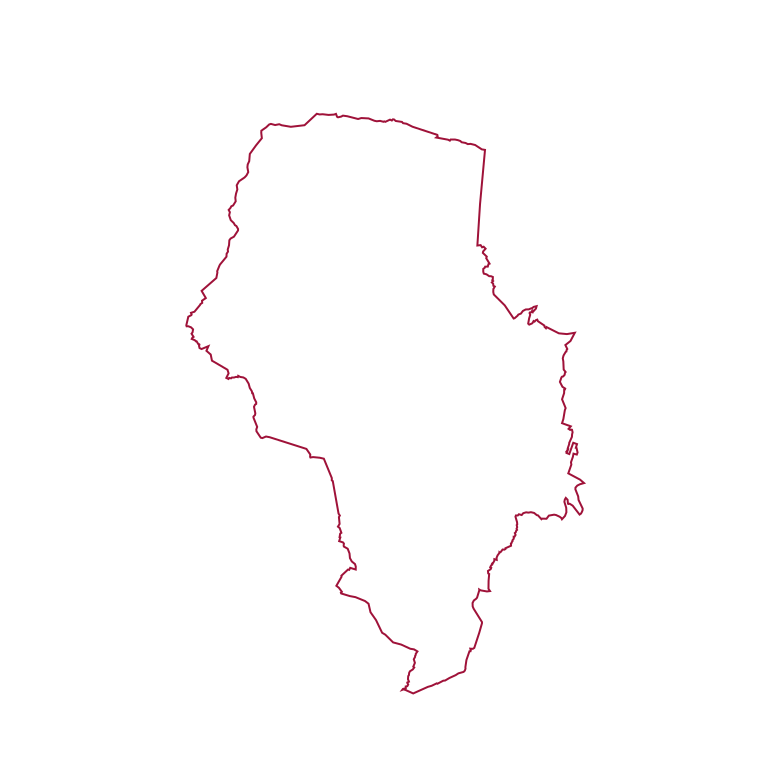 Barsanesti, Bacau, Romania, rotated 31°
{"feature_id": "2599482B96332922665264", "entity_name": "Barsanesti", "entity_type": "district", "adm_level": 2, "iso_a3": "ROU", "parent_name": "Romania", "parent_adm1": "Bacau", "projection": "albers", "projection_center": [26.7, 46.331], "detail": "fine", "context": "isolated", "style": "outline", "palette": "rose", "viewbox_px": 768, "rotation_deg": 31, "n_neighbors": 0, "source": "geoboundaries", "source_scale": "gbopen_adm2", "svg_char_len": 6165}
<svg xmlns="http://www.w3.org/2000/svg" viewBox="0 0 768 768"><g transform="rotate(31 384 384)"><path d="M557.2,636.7L558.0,635.7L560.0,635.2L568.4,634.2L577.6,621.0L580.3,618.1L583.4,613.4L584.2,613.4L587.6,607.8L589.1,606.7L591.5,602.3L595.4,596.6L596.8,593.7L600.5,589.8L600.9,588.1L600.5,586.1L599.6,584.8L596.8,578.1L594.9,569.1L595.8,568.5L595.5,567.5L594.3,566.4L596.5,565.3L597.3,563.7L593.8,548.3L591.2,538.6L590.6,537.6L576.5,530.4L574.6,529.0L572.7,526.1L572.5,523.3L573.6,520.6L573.8,519.2L571.9,511.6L571.5,511.1L573.1,511.1L579.1,508.8L581.5,506.9L579.0,505.7L575.0,498.8L572.0,492.7L570.9,492.7L569.4,490.7L570.8,487.8L570.6,486.4L569.5,486.5L569.3,485.5L569.4,483.5L569.8,483.1L569.7,482.4L569.2,482.3L569.3,481.4L569.7,480.9L569.6,478.8L568.8,477.3L571.2,476.7L570.0,475.0L569.6,472.4L569.9,469.6L569.6,468.9L570.0,469.0L570.6,467.7L570.9,464.8L572.6,463.9L573.1,462.7L572.7,462.2L576.2,457.2L575.0,455.5L575.3,455.0L575.0,454.2L575.1,452.4L574.6,451.9L574.9,449.8L573.8,448.1L574.5,447.7L574.5,445.6L572.9,444.4L573.3,443.1L572.9,442.0L573.2,440.5L572.2,439.9L571.9,438.1L570.4,436.6L570.5,435.7L569.2,433.9L565.0,430.0L564.8,428.7L566.4,427.8L566.7,426.2L569.5,425.4L569.9,423.0L571.9,420.8L574.0,419.9L576.0,418.2L579.1,417.2L582.5,417.7L583.6,417.3L588.6,418.8L588.8,418.0L592.7,415.8L593.1,411.9L597.1,408.4L599.0,407.7L602.9,407.3L604.9,407.5L606.2,408.3L607.1,403.9L606.4,400.0L603.9,396.2L599.3,392.1L598.5,389.9L598.5,388.0L601.0,388.7L603.3,391.8L603.8,391.9L604.8,391.0L608.4,391.1L618.9,395.2L619.6,393.6L619.5,391.5L619.2,389.8L618.4,388.4L610.5,383.2L608.3,380.3L602.3,375.7L601.5,374.2L602.0,371.5L603.6,369.0L606.5,365.9L601.3,365.0L588.0,365.7L586.1,356.6L584.6,354.8L583.4,349.1L582.3,346.1L585.6,345.2L585.2,343.0L582.0,339.7L581.3,339.9L580.4,336.1L576.5,336.9L578.9,348.6L576.1,349.1L575.9,348.0L575.2,348.1L575.3,346.7L575.7,346.5L575.4,344.9L574.8,345.0L574.6,344.4L573.7,340.2L573.1,339.1L572.3,332.5L571.2,330.4L570.5,328.2L568.7,326.4L567.5,326.9L567.2,327.5L565.3,327.4L565.9,324.1L556.8,325.9L555.8,321.7L552.5,313.3L552.1,311.1L544.5,305.4L543.1,299.1L541.4,296.1L541.9,295.6L541.7,294.6L538.4,294.5L533.7,291.6L532.7,287.0L532.8,286.1L533.7,285.2L534.1,283.1L533.4,281.4L533.5,280.2L530.6,279.1L526.1,272.3L524.0,269.9L523.2,267.0L523.2,262.8L523.6,262.2L523.0,260.8L523.1,259.6L519.4,257.2L521.7,251.1L521.2,241.8L515.1,247.0L507.8,250.5L494.0,251.5L494.1,252.8L492.1,252.3L491.4,251.3L483.6,250.9L482.2,249.9L481.3,251.1L480.9,253.0L479.8,253.0L479.9,255.1L479.6,256.0L477.9,258.3L476.5,258.0L474.6,253.0L473.7,249.4L472.2,248.2L472.2,247.5L473.6,246.4L473.4,245.8L474.4,245.9L474.1,244.7L474.6,244.9L475.4,241.1L474.7,238.7L472.5,240.9L471.8,243.2L471.3,243.2L469.6,245.5L467.1,247.1L465.4,249.9L465.1,253.1L463.4,255.3L463.3,256.7L462.1,260.3L461.4,261.1L447.0,254.4L432.0,250.7L430.3,248.9L428.8,246.2L428.8,243.4L427.2,243.5L425.9,241.8L424.1,241.4L424.5,239.5L423.3,239.2L423.4,238.3L422.2,236.2L420.2,236.5L418.6,237.4L415.4,237.2L412.7,238.0L411.3,236.7L409.8,234.2L410.5,232.4L410.3,231.3L412.5,229.9L411.8,227.5L412.5,226.5L406.8,223.5L406.5,221.9L401.2,220.7L400.7,219.3L401.4,215.7L398.7,215.0L397.7,216.3L395.3,215.2L392.7,217.2L373.7,180.4L350.0,131.3L347.0,132.5L339.0,132.2L334.5,133.6L332.3,135.2L329.7,135.4L326.0,136.8L324.3,136.4L321.8,136.9L318.9,137.9L315.2,140.1L315.1,141.5L313.1,141.6L301.9,145.8L302.5,144.2L301.4,143.0L275.9,148.8L269.3,149.3L266.0,150.6L264.4,150.1L258.6,152.5L256.2,152.1L255.2,152.7L255.0,154.1L253.0,154.3L250.1,158.6L248.9,158.8L248.5,159.5L245.1,160.5L242.5,162.5L240.2,163.3L234.0,164.3L227.6,167.7L225.3,170.2L214.6,173.4L210.6,175.1L209.6,176.8L207.2,179.1L206.1,179.1L203.7,177.2L202.4,178.8L197.9,181.9L192.4,184.4L190.0,186.1L187.2,187.0L182.6,203.1L171.7,211.5L163.1,214.9L160.4,215.3L157.3,218.1L153.1,219.3L151.9,220.7L150.8,224.7L148.4,230.0L149.4,231.9L152.7,236.2L151.4,245.4L150.5,255.9L153.7,262.4L154.1,266.0L155.3,268.6L158.5,272.3L158.7,276.1L158.1,278.8L155.3,284.9L155.4,289.5L158.1,292.8L159.1,297.0L160.6,300.9L162.8,303.8L162.7,308.7L161.6,310.3L161.7,312.4L161.2,314.8L163.4,316.1L164.4,319.2L168.3,322.5L172.3,323.4L174.4,324.6L176.1,324.6L179.1,326.3L179.8,327.6L179.5,335.0L177.6,338.3L177.4,340.4L179.7,344.9L180.8,349.2L182.1,350.9L182.0,353.4L183.4,356.0L181.9,366.1L182.0,367.4L182.9,373.2L183.8,374.3L185.7,379.5L179.7,398.1L187.0,402.1L185.1,406.3L186.4,408.1L185.5,410.1L185.6,411.1L184.3,419.7L181.9,422.4L183.3,423.5L183.4,424.2L181.6,427.1L184.3,435.5L185.1,436.2L186.5,435.3L189.4,434.8L192.2,435.5L193.3,438.4L193.1,440.0L196.5,441.7L195.9,443.0L196.0,444.4L199.3,443.9L200.8,444.3L201.3,443.9L204.2,445.4L205.2,445.1L205.6,445.4L205.7,446.5L207.4,448.2L209.6,448.0L214.0,442.0L214.7,447.0L220.3,448.0L224.5,452.6L242.5,452.4L245.3,454.9L245.7,460.0L248.1,459.8L248.1,458.6L250.0,457.9L250.3,456.8L252.2,455.6L253.5,454.1L255.2,453.4L254.8,452.1L257.1,452.0L260.1,450.8L262.8,450.8L267.8,453.4L271.0,456.5L274.5,458.3L275.8,459.8L276.4,459.5L280.2,463.2L283.9,465.5L284.7,466.9L284.1,468.1L284.3,470.5L288.8,475.4L289.4,477.0L288.9,479.2L289.5,480.1L297.4,486.1L297.9,488.6L299.0,490.2L306.0,493.5L307.6,493.0L309.9,489.8L313.4,488.5L350.9,479.6L357.1,482.4L358.2,484.5L358.8,484.9L360.8,483.2L366.9,480.3L370.9,479.0L387.7,491.5L388.9,493.5L390.1,493.6L411.8,518.5L413.9,519.5L413.9,521.3L418.0,526.8L418.0,530.0L420.2,530.3L424.1,533.5L423.5,534.8L424.8,538.2L425.6,538.0L426.5,541.8L430.4,540.9L431.8,541.4L432.6,543.2L433.3,544.0L437.7,543.9L441.7,547.0L444.5,550.8L447.8,552.7L451.9,553.3L453.8,555.0L455.3,557.6L449.7,559.0L449.9,561.2L448.7,561.6L446.2,570.3L446.9,571.1L447.1,581.5L450.3,581.9L454.9,583.8L454.5,585.1L455.2,585.6L463.9,583.4L469.3,581.4L479.5,579.8L483.9,580.3L490.0,586.6L498.8,590.5L510.5,598.2L514.2,598.2L524.9,600.8L532.9,598.5L542.9,597.4L546.4,596.0L550.4,596.0L550.2,599.0L550.7,599.8L550.7,601.0L551.2,601.9L551.3,604.6L554.1,607.1L554.7,611.2L555.9,611.4L555.7,613.8L554.2,616.9L554.3,618.5L555.3,620.8L555.2,621.9L556.6,624.7L558.7,626.3L557.7,627.9L557.9,628.2L559.5,629.1L559.6,631.0L558.4,632.1L559.4,633.6L557.3,635.6L557.2,636.7Z" fill="none" stroke="#9f1239" stroke-width="2"/></g></svg>